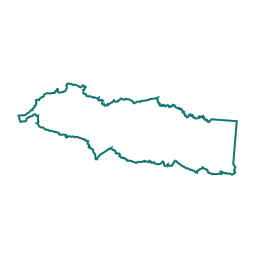 Belén, Catamarca, Argentina, rotated 274°
{"feature_id": "61730980B98918352953876", "entity_name": "Belén", "entity_type": "district", "adm_level": 2, "iso_a3": "ARG", "parent_name": "Argentina", "parent_adm1": "Catamarca", "projection": "robinson", "projection_center": [-66.858, -26.985], "detail": "fine", "context": "isolated", "style": "outline", "palette": "teal", "viewbox_px": 256, "rotation_deg": 274, "n_neighbors": 0, "source": "geoboundaries", "source_scale": "gbopen_adm2", "svg_char_len": 5830}
<svg xmlns="http://www.w3.org/2000/svg" viewBox="0 0 256 256"><g transform="rotate(274 128 128)"><path d="M168.2,64.9L167.1,64.0L165.7,63.5L164.7,64.2L163.2,64.1L160.2,62.7L160.1,61.9L159.4,60.7L159.4,59.7L158.6,58.2L158.5,56.2L159.3,55.3L161.3,55.5L162.9,54.5L161.8,54.9L161.4,54.7L160.3,53.9L160.0,53.2L157.9,52.4L157.6,49.6L157.1,48.4L156.9,46.7L157.2,45.5L156.9,44.3L156.0,42.7L155.1,41.7L153.9,41.7L153.1,41.3L152.9,40.0L151.2,38.1L149.6,37.5L150.1,36.1L149.5,34.3L148.9,34.2L147.9,34.7L147.1,34.4L146.5,34.9L145.7,34.8L143.8,34.2L143.5,33.9L143.4,33.1L142.0,33.0L141.2,32.5L140.8,31.5L139.1,31.4L138.9,30.7L138.9,29.8L136.6,28.2L135.6,26.5L134.7,25.7L133.8,24.4L133.4,23.5L133.1,19.5L132.6,17.9L131.4,18.6L129.0,19.2L126.5,20.6L127.1,22.0L127.5,24.9L127.9,25.5L128.4,26.1L130.0,26.0L130.8,26.6L131.3,27.7L132.3,28.8L132.4,29.6L133.1,30.7L133.1,31.5L134.2,32.1L135.3,34.2L134.9,35.1L133.8,35.7L133.7,36.1L133.4,36.8L133.9,37.6L130.2,37.4L127.8,38.3L126.9,37.6L126.5,36.6L125.4,38.1L123.5,39.2L123.2,40.0L122.7,40.3L122.4,42.1L122.6,43.3L120.5,46.2L120.7,47.6L120.3,49.0L119.5,50.0L120.0,52.1L119.3,53.8L119.1,54.6L119.3,54.9L118.9,55.6L119.1,56.2L118.7,56.8L118.7,57.9L118.3,58.6L118.0,59.7L116.8,59.8L116.5,60.3L116.6,62.4L116.9,62.9L116.8,66.8L116.2,66.9L115.1,66.4L114.4,66.8L114.6,67.0L114.5,68.2L115.7,69.3L115.3,72.0L115.8,73.6L115.5,74.6L115.2,74.9L115.5,78.5L114.5,81.0L114.3,82.8L113.7,83.9L113.9,84.6L113.6,85.8L112.7,85.9L112.6,87.3L112.2,87.7L111.9,89.3L110.0,88.6L109.4,88.7L108.8,90.1L107.5,90.9L107.1,90.1L106.2,90.0L105.6,90.5L105.6,92.0L105.0,92.3L105.0,92.9L103.6,95.0L101.9,94.8L100.3,96.2L99.8,97.0L94.9,97.8L94.5,98.2L94.6,98.8L94.8,98.6L99.7,102.4L101.9,105.6L106.3,111.1L106.4,112.4L106.6,112.6L106.2,112.5L106.4,113.1L105.1,114.1L105.2,115.3L104.9,115.5L104.9,116.0L104.3,116.1L104.1,116.9L103.3,117.5L102.9,117.3L102.5,117.7L101.9,117.6L101.6,119.3L102.1,120.0L101.6,121.2L100.7,121.9L99.4,121.2L98.4,123.3L97.7,123.6L97.6,124.3L97.8,124.7L97.6,125.5L97.9,125.7L97.6,126.1L97.7,126.8L97.1,127.2L97.0,128.0L96.4,128.2L96.2,129.1L95.5,129.2L95.2,130.4L95.7,131.2L95.5,131.7L95.3,134.2L94.5,135.4L94.3,137.0L93.7,138.3L94.1,139.5L94.9,139.9L95.1,142.6L94.9,143.8L95.9,145.6L95.9,146.0L96.5,146.5L96.4,146.8L95.6,146.7L95.5,147.1L95.6,147.6L96.0,147.9L95.8,150.3L95.5,150.6L96.5,151.5L96.2,151.6L96.1,152.2L96.3,153.0L95.9,153.3L95.2,153.0L95.0,153.4L95.2,155.1L95.7,156.2L95.0,156.3L94.5,156.8L94.4,158.4L93.8,159.2L94.1,160.1L93.9,160.9L94.7,163.0L96.1,164.4L96.9,164.8L97.1,165.3L96.8,165.7L95.5,165.8L95.1,166.4L94.0,166.5L92.9,167.4L92.6,168.0L93.2,169.2L94.7,170.4L93.1,170.7L93.4,171.0L93.1,172.0L93.4,172.6L93.3,173.4L93.5,174.7L94.5,174.8L94.8,175.1L96.1,175.6L96.2,176.0L97.7,176.4L98.0,177.1L98.7,177.5L98.5,178.2L97.2,179.4L95.8,181.8L95.5,182.0L95.1,183.1L94.4,183.6L93.6,185.2L93.3,186.6L92.7,187.0L92.4,188.2L91.8,188.8L92.0,190.3L91.3,191.1L91.2,192.4L90.4,193.6L90.8,194.5L90.4,194.8L89.9,196.7L88.3,199.0L88.1,200.0L90.0,200.0L90.8,201.5L91.7,202.1L91.8,202.6L92.3,203.3L92.3,203.7L92.8,204.2L92.9,204.7L94.0,205.0L93.8,205.8L93.0,206.2L92.5,208.4L91.9,209.7L91.2,209.6L90.3,211.0L89.2,211.0L88.8,212.0L88.8,213.1L88.3,213.7L87.8,215.0L88.3,215.8L88.0,217.0L88.4,220.6L88.9,221.3L88.6,222.5L88.8,223.5L88.7,224.3L91.0,223.5L90.4,226.1L89.7,226.4L89.6,228.6L90.0,228.8L89.3,230.4L89.7,232.5L89.6,233.3L88.7,234.6L89.0,235.8L89.8,236.3L90.4,237.5L91.1,238.1L93.1,236.6L93.7,237.3L94.5,237.2L96.5,237.9L97.1,237.1L99.5,235.5L142.4,236.0L142.5,210.7L139.8,208.5L140.0,208.2L139.7,207.6L140.1,206.8L140.6,206.8L140.6,206.3L141.7,206.1L141.9,204.9L141.7,204.6L142.0,204.6L142.2,203.7L143.1,203.4L142.8,203.1L143.0,202.7L143.9,202.9L144.0,202.1L144.5,202.3L144.6,201.8L145.0,201.8L143.9,199.9L144.6,200.3L144.5,199.6L144.2,199.1L144.7,198.6L143.9,197.6L143.1,197.1L142.5,196.5L142.2,195.3L142.2,194.9L142.5,194.7L142.4,194.0L142.6,193.5L143.1,193.4L143.1,192.8L143.6,192.6L143.6,192.0L144.1,192.0L144.2,191.6L144.6,191.4L144.5,191.1L145.3,191.3L144.9,189.8L145.2,189.3L145.8,189.1L145.4,188.7L145.5,188.4L145.2,187.9L143.2,187.3L142.8,186.1L144.2,184.9L144.2,184.3L144.7,184.3L144.9,183.8L145.9,183.6L146.6,183.2L146.4,182.9L147.3,182.5L147.4,182.2L147.6,182.3L147.5,182.0L147.7,181.9L147.4,181.6L147.6,181.3L148.7,181.4L149.2,181.2L149.5,180.3L150.4,180.2L150.9,178.8L150.4,178.4L150.5,177.9L151.0,178.2L151.0,177.5L151.6,177.2L151.4,175.7L151.9,174.3L153.2,173.0L153.8,173.0L154.1,171.7L154.4,171.3L154.3,171.0L152.9,170.7L152.7,169.6L152.1,169.1L152.3,168.2L152.0,167.4L153.0,167.2L152.9,166.7L153.5,166.1L153.3,165.2L152.2,163.8L152.6,163.4L152.4,162.8L152.9,162.4L153.2,162.7L153.6,161.7L152.2,160.2L152.4,159.4L153.1,159.5L152.7,158.2L154.2,157.3L154.5,157.6L154.6,157.1L155.5,156.8L155.9,156.0L156.6,156.3L158.0,155.6L158.8,154.8L159.4,154.8L160.3,155.4L159.2,152.3L158.5,148.4L157.0,145.6L155.9,139.3L155.6,139.4L155.0,138.5L155.0,135.5L154.8,135.0L153.9,134.2L153.6,133.4L153.7,133.0L153.1,132.5L153.7,131.6L154.7,131.1L155.0,130.1L155.6,129.8L155.7,128.5L156.7,127.2L156.8,124.9L156.6,124.5L156.9,123.5L156.4,123.3L155.8,122.0L156.9,118.8L155.3,117.6L154.7,116.5L154.1,116.4L153.8,115.9L153.3,113.4L154.7,112.1L153.7,111.6L153.3,110.8L152.6,110.6L151.6,108.7L150.0,106.9L150.5,106.9L150.8,106.4L150.5,106.0L149.5,105.9L149.4,105.3L148.9,104.7L149.0,104.0L148.7,103.2L150.2,102.4L149.6,101.8L149.6,101.4L150.6,100.3L152.8,100.6L153.4,101.2L154.4,99.5L153.3,98.0L153.9,96.4L156.2,96.8L155.3,95.4L156.4,91.4L156.0,91.0L157.1,87.9L156.7,86.3L157.0,85.9L156.9,85.1L157.3,84.1L159.0,83.6L158.9,81.8L159.1,81.5L160.1,80.9L162.0,81.0L162.7,80.6L162.7,81.1L163.7,82.0L165.0,81.7L165.7,83.0L166.1,82.8L166.1,82.2L167.0,81.3L167.3,79.7L166.5,79.5L165.2,77.4L165.6,76.5L166.3,75.9L167.6,71.8L167.1,70.9L167.1,69.6L167.9,69.1L168.2,64.9Z" fill="none" stroke="#0f766e" stroke-width="2"/></g></svg>